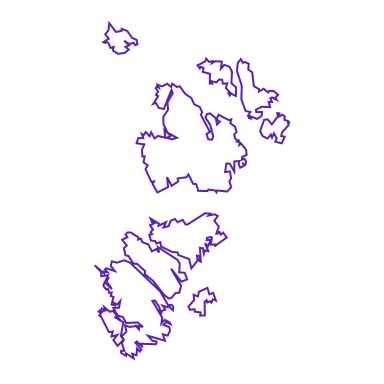 Hvaler nor, Østfold, Norway (Robinson projection), rotated 271°
{"feature_id": "86288312B75077332019349", "entity_name": "Hvaler nor", "entity_type": "district", "adm_level": 2, "iso_a3": "NOR", "parent_name": "Norway", "parent_adm1": "Østfold", "projection": "robinson", "projection_center": [10.972, 59.056], "detail": "fine", "context": "isolated", "style": "outline", "palette": "violet", "viewbox_px": 384, "rotation_deg": 271, "n_neighbors": 0, "source": "geoboundaries", "source_scale": "gbopen_adm2", "svg_char_len": 6006}
<svg xmlns="http://www.w3.org/2000/svg" viewBox="0 0 384 384"><g transform="rotate(271 192 192)"><path d="M239.7,135.7L238.8,143.5L233.3,141.2L226.6,141.8L226.8,144.1L220.9,143.0L217.9,147.2L214.0,145.1L201.3,151.3L201.9,153.8L199.3,152.5L190.9,157.4L196.5,168.0L206.5,166.8L197.8,171.5L202.4,178.1L205.3,177.4L206.7,186.3L209.6,188.1L200.3,192.9L199.9,196.1L193.3,198.2L193.2,207.4L194.7,208.3L194.0,214.9L192.1,216.4L194.0,217.0L193.1,227.2L197.5,231.2L203.1,229.2L206.4,230.8L213.2,229.6L212.5,224.8L221.0,225.8L221.0,229.3L213.2,233.9L223.3,233.8L223.8,238.8L221.0,238.1L217.1,239.7L218.8,243.1L221.3,242.7L220.1,244.8L223.1,245.7L226.1,243.9L225.2,241.2L228.1,241.7L230.0,245.9L235.1,245.4L241.1,240.4L239.9,238.5L242.2,239.3L243.1,236.2L244.1,237.9L245.2,238.1L243.9,237.4L245.9,234.4L250.2,233.2L252.9,235.5L258.2,233.7L261.4,229.1L265.4,230.0L264.5,227.6L269.7,217.2L265.0,215.2L262.9,218.6L259.9,215.9L266.3,214.4L270.9,208.8L270.2,205.6L266.7,204.1L259.3,209.1L247.7,212.3L244.6,211.0L245.0,207.3L250.2,205.5L252.4,208.9L269.5,199.4L271.8,200.8L277.1,198.3L279.7,192.7L286.1,189.6L289.9,183.6L297.4,178.0L296.8,175.0L300.0,170.4L296.7,169.3L299.8,165.4L297.1,160.2L298.7,155.6L295.8,156.9L297.0,155.1L295.2,154.0L291.7,156.4L288.5,154.3L287.3,156.5L279.4,151.7L280.5,154.2L275.5,157.3L274.5,162.4L293.7,169.7L290.8,171.0L281.1,165.9L273.9,166.7L266.6,162.0L259.4,162.3L251.0,166.4L245.9,176.0L244.3,171.0L245.8,165.8L247.7,169.7L253.4,163.4L245.8,164.3L247.5,157.0L244.9,153.6L251.0,150.1L247.1,148.7L251.2,144.6L247.8,142.6L249.0,140.9L245.0,142.3L244.9,137.3L239.7,135.7ZM117.0,96.0L110.6,102.4L106.2,102.8L107.3,109.3L103.2,107.8L105.3,110.3L100.9,108.2L93.6,113.6L100.3,106.2L96.7,105.0L93.0,107.9L93.7,109.8L89.6,111.0L90.0,113.5L86.6,112.6L85.6,115.4L78.1,113.5L77.3,116.7L79.8,115.9L78.1,119.2L81.8,122.2L75.1,121.1L74.7,115.4L67.5,119.6L65.6,125.2L59.9,128.3L60.6,139.8L56.3,145.4L57.2,139.5L55.2,141.4L53.7,141.3L57.0,138.3L56.0,132.0L57.5,127.4L51.3,128.9L46.2,124.0L43.5,126.3L42.1,126.1L40.2,124.3L32.0,127.1L32.0,123.9L29.8,124.0L27.1,128.8L29.5,128.8L24.7,136.5L29.2,135.1L27.8,139.4L34.6,139.8L31.5,142.7L33.6,144.1L41.1,137.3L39.8,139.0L41.4,139.6L35.9,145.4L39.4,143.7L39.1,158.6L41.8,159.2L42.6,155.0L47.5,150.5L42.8,167.6L49.2,165.3L48.0,170.2L53.4,172.6L56.6,171.5L58.6,165.8L61.7,168.6L59.4,172.8L61.2,171.9L63.7,166.9L60.1,163.7L65.7,164.5L82.4,154.3L82.8,156.9L76.5,161.2L69.2,163.3L72.6,163.8L73.9,167.4L77.9,164.6L76.3,169.8L77.9,170.4L73.5,175.0L77.0,175.3L78.9,173.5L78.3,170.2L92.1,161.9L120.3,131.2L122.5,125.5L120.0,118.0L121.3,113.1L116.7,112.1L111.6,116.2L114.2,107.8L113.1,106.3L110.2,109.0L110.8,105.4L109.0,105.5L117.0,96.0ZM148.5,150.0L142.7,151.8L142.3,156.1L139.9,157.2L141.3,161.2L136.9,162.1L131.7,173.1L131.3,178.7L128.7,179.5L124.9,190.3L115.6,192.7L123.5,198.7L128.5,198.1L128.0,200.8L123.2,200.5L122.4,202.0L136.4,200.9L135.9,203.9L130.4,205.0L133.8,206.1L133.1,209.4L141.0,205.9L138.0,208.8L144.5,211.8L144.1,207.4L146.4,207.8L147.4,211.9L146.3,212.8L139.7,211.6L140.0,217.3L137.9,215.3L147.1,227.5L151.9,223.8L149.9,221.5L153.3,219.7L151.4,220.0L150.7,217.1L157.9,219.4L163.6,214.8L168.5,218.2L170.1,214.9L168.7,209.0L170.6,210.7L171.0,205.6L159.6,188.3L159.4,186.1L164.0,183.2L161.6,178.1L164.7,175.4L162.8,171.1L157.4,169.2L156.1,164.2L161.4,166.5L157.6,159.1L159.7,159.6L164.7,151.0L161.1,152.6L160.6,155.9L158.0,150.6L153.8,153.6L151.1,151.4L149.2,152.8L148.5,150.0ZM143.0,123.0L137.3,127.7L134.7,124.9L127.5,126.5L126.9,129.6L119.5,134.5L119.0,138.7L112.1,146.5L109.0,146.2L102.4,154.7L88.5,166.0L85.1,170.6L85.7,173.3L90.8,177.4L91.1,181.1L98.0,182.7L115.0,172.4L102.2,182.8L104.5,188.7L111.1,186.1L111.4,180.6L120.1,181.0L123.9,178.7L136.4,158.8L131.0,160.2L134.3,157.3L131.9,152.9L138.9,149.2L140.9,143.3L144.5,141.7L143.5,138.9L145.8,139.2L150.5,131.3L150.4,128.1L148.2,126.3L145.7,128.2L143.0,123.0ZM313.6,234.9L299.1,239.9L285.6,239.7L274.1,244.1L272.9,248.9L269.3,246.6L266.7,247.9L266.5,249.7L268.7,249.0L266.2,255.9L269.3,260.3L273.2,260.7L273.0,254.9L275.3,254.4L278.4,260.0L278.3,268.6L283.4,267.1L283.4,270.4L287.1,268.7L288.0,270.3L285.6,275.0L288.0,273.8L290.7,276.4L294.5,271.7L294.4,267.2L292.8,266.4L296.5,261.8L293.6,257.2L296.0,257.2L298.9,252.0L312.7,250.1L315.4,246.1L321.2,246.5L323.0,242.3L321.9,240.7L325.7,238.5L321.8,235.5L313.6,234.9ZM318.7,195.3L315.6,197.6L317.3,198.6L316.1,201.4L312.3,200.6L310.5,207.9L300.8,207.9L301.6,209.6L299.6,210.9L303.2,209.1L302.0,214.5L304.9,217.0L304.8,220.2L300.8,220.9L301.3,225.4L296.6,224.0L292.0,228.5L291.5,226.7L289.1,228.1L291.0,229.3L288.8,234.2L297.4,234.3L301.4,229.5L312.8,229.9L317.9,227.4L319.7,222.0L315.9,218.8L322.9,219.6L323.2,213.1L321.1,209.6L323.2,210.3L322.4,206.9L325.6,203.9L322.8,203.0L318.7,195.3ZM340.2,100.8L339.6,102.4L340.6,104.2L339.3,106.0L334.6,108.0L335.7,111.2L332.2,110.3L328.9,115.5L329.8,122.1L333.3,126.3L335.9,123.0L337.6,126.6L342.1,121.6L338.9,126.5L340.1,131.2L337.8,132.6L338.8,134.9L343.2,133.9L345.0,129.5L352.0,124.3L353.8,118.8L351.9,118.8L350.7,113.2L359.3,106.3L352.1,105.6L348.2,102.5L343.8,106.1L340.2,100.8ZM70.8,100.7L69.7,102.2L70.3,104.1L66.2,100.9L67.1,102.1L67.0,102.6L50.5,111.4L51.1,115.2L46.1,114.1L47.8,119.9L42.6,116.0L36.8,120.2L42.9,126.0L46.8,123.4L60.5,125.6L65.7,116.5L64.3,121.1L71.8,115.0L70.8,112.0L75.4,106.3L72.4,107.3L73.3,105.4L71.8,106.4L70.6,103.8L72.9,103.1L70.8,100.7ZM254.0,259.0L249.0,261.8L246.8,266.6L250.8,269.8L247.8,271.0L252.1,272.9L247.0,275.8L243.8,274.4L242.2,280.9L248.9,283.7L249.5,280.2L253.2,281.0L260.7,287.5L264.1,286.4L262.5,287.6L263.1,288.0L264.5,287.1L265.8,283.1L269.1,283.5L270.8,281.1L269.1,278.2L272.1,278.1L272.3,275.8L269.0,276.5L261.0,270.6L265.9,266.4L265.5,262.9L254.0,259.0ZM77.4,190.5L74.2,191.9L74.8,196.7L72.4,196.9L71.7,202.8L68.6,202.3L68.8,207.0L82.5,206.5L84.1,208.5L81.8,209.1L83.1,212.0L81.7,213.3L85.1,214.8L83.9,217.8L91.4,214.9L90.0,211.2L96.4,209.1L92.4,200.7L87.7,199.8L89.3,195.4L84.2,196.1L77.4,190.5Z" fill="none" stroke="#5b21b6" stroke-width="2"/></g></svg>